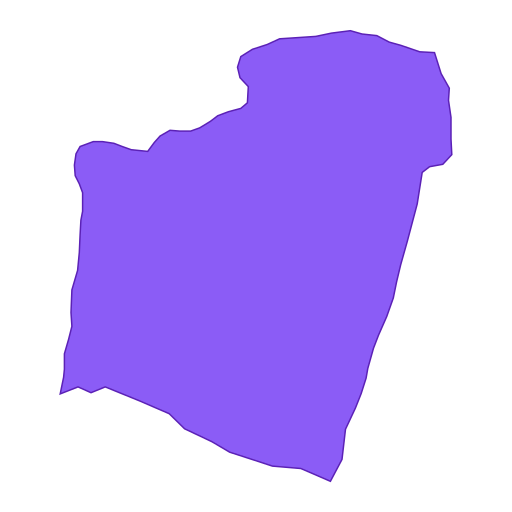 the district of Agia Eirini Keryneias, Cyprus
{"feature_id": "46923920B99001486535743", "entity_name": "Agia Eirini Keryneias", "entity_type": "district", "adm_level": 2, "iso_a3": "CYP", "parent_name": "Cyprus", "parent_adm1": "", "projection": "robinson", "projection_center": [32.969, 35.29], "detail": "fine", "context": "isolated", "style": "filled", "palette": "violet", "viewbox_px": 512, "rotation_deg": 0, "n_neighbors": 0, "source": "geoboundaries", "source_scale": "gbopen_adm2", "svg_char_len": 1170}
<svg xmlns="http://www.w3.org/2000/svg" viewBox="0 0 512 512"><path d="M330.4,481.3L342.0,459.4L345.5,429.2L355.4,408.1L361.2,393.5L366.1,378.1L367.8,368.4L373.5,348.2L378.5,335.2L386.7,316.6L393.3,298.0L396.6,281.8L400.7,264.7L407.3,241.3L417.2,204.0L422.2,172.4L429.6,166.7L442.8,164.3L451.8,154.6L451.0,139.2L451.0,117.4L448.5,100.3L449.3,88.2L441.1,73.6L434.5,52.6L419.7,51.8L400.7,45.3L389.2,42.1L376.8,35.6L362.0,34.0L350.4,30.7L331.5,33.1L315.8,36.4L291.9,38.0L279.6,38.8L267.2,44.5L252.4,49.3L240.8,56.6L237.5,67.2L240.0,77.7L248.3,86.6L247.4,102.8L240.8,108.4L228.5,111.7L217.8,115.7L210.3,121.4L199.6,127.9L190.6,131.1L179.9,131.1L170.0,130.3L160.1,136.0L154.3,142.5L147.7,151.4L131.2,149.7L122.2,146.5L113.9,143.3L102.4,141.6L93.3,141.6L80.1,146.5L76.0,153.8L74.4,165.1L75.2,175.7L79.3,183.8L82.6,192.7L82.6,203.2L82.6,211.3L80.9,220.2L80.1,234.8L79.3,252.6L77.6,270.4L71.9,289.9L71.0,312.5L71.9,326.3L68.6,339.3L64.4,353.8L64.4,369.2L63.6,377.3L60.2,393.9L78.0,386.9L91.0,392.7L105.2,386.9L139.6,400.9L169.2,413.7L184.6,428.8L211.9,441.7L229.7,452.2L251.0,459.1L272.4,466.1L300.8,468.5L330.4,481.3Z" fill="#8b5cf6" stroke="#5b21b6" stroke-width="1.5"/></svg>